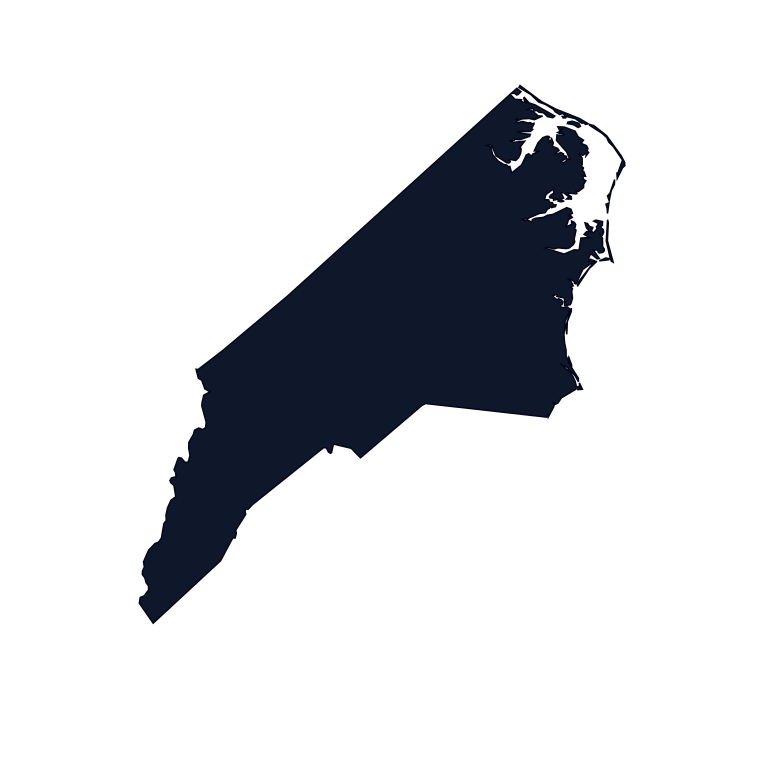 map outline of North Carolina (Equal Earth projection), rotated 318°
{"feature_id": "USA-3549", "entity_name": "North Carolina", "entity_type": "State", "adm_level": 1, "iso_a3": "USA", "parent_name": "United States of America", "parent_adm1": "", "projection": "equal_earth", "projection_center": [-78.085, 35.229], "detail": "fine", "context": "isolated", "style": "filled", "palette": "ink", "viewbox_px": 768, "rotation_deg": 318, "n_neighbors": 0, "source": "natural_earth", "source_scale": "10m", "svg_char_len": 6170}
<svg xmlns="http://www.w3.org/2000/svg" viewBox="0 0 768 768"><g transform="rotate(318 384 384)"><path d="M671.6,253.1L671.8,260.0L676.4,264.7L675.1,265.4L676.0,267.7L679.4,271.4L677.8,268.1L679.1,265.0L680.1,265.0L679.9,272.1L683.0,277.6L690.3,299.2L687.6,299.1L684.4,294.7L684.0,289.2L681.0,285.6L680.5,282.9L678.4,281.6L679.0,278.9L677.0,277.0L674.4,276.2L676.6,279.2L677.9,286.3L677.0,286.9L681.1,291.0L672.7,288.3L669.6,283.9L664.2,279.5L659.1,277.5L660.3,276.4L659.3,275.5L657.8,278.9L662.7,281.7L665.7,286.4L667.5,287.4L668.3,289.8L670.0,290.6L669.5,291.2L664.3,293.0L664.9,294.3L661.8,294.3L652.5,286.3L653.5,289.3L659.8,296.4L657.9,297.4L648.3,293.2L644.9,289.7L643.7,290.0L639.8,286.9L641.9,291.0L651.1,297.7L643.7,299.0L642.5,299.7L643.5,300.5L641.9,302.4L639.6,304.1L635.4,305.9L631.4,306.0L627.7,301.1L626.5,303.4L624.8,303.4L623.2,301.7L620.0,289.3L623.6,278.9L623.0,277.2L619.9,275.5L622.0,279.2L618.3,286.1L618.0,294.7L619.8,300.8L621.6,303.2L622.0,306.3L623.1,306.5L620.1,312.6L632.9,313.3L643.1,309.0L645.6,309.8L646.1,313.9L648.1,312.6L654.8,314.6L651.6,311.3L659.8,307.8L667.0,307.2L670.8,308.8L672.2,310.3L672.1,311.8L670.5,310.9L669.1,315.2L672.7,313.9L671.1,318.2L668.1,320.0L670.7,325.0L670.4,327.6L665.3,327.4L666.8,329.2L670.2,330.1L671.4,333.0L670.3,334.2L671.9,336.9L670.6,338.4L664.1,336.9L665.4,339.4L667.2,340.2L671.3,339.6L672.4,341.6L675.0,333.8L675.2,318.3L679.3,314.6L681.9,318.0L684.8,318.9L684.7,317.6L682.4,315.8L681.3,313.3L686.0,314.8L687.5,313.9L684.3,312.6L685.3,309.2L690.0,313.8L695.2,324.0L693.7,330.1L695.4,336.3L691.5,337.1L694.0,342.4L693.1,345.5L691.0,346.7L690.9,349.0L686.7,349.7L688.3,348.4L688.0,347.4L684.7,347.1L683.2,342.9L682.4,348.7L678.2,353.5L676.4,354.0L676.8,356.8L674.0,358.6L674.6,360.0L672.8,364.5L670.7,362.3L669.2,365.9L670.0,368.0L666.1,369.1L663.7,371.6L657.3,371.0L656.0,369.0L654.9,371.5L654.0,371.3L648.4,365.1L647.7,367.3L648.6,370.0L647.0,372.0L643.5,368.7L646.6,368.7L645.5,362.3L643.6,360.0L641.9,366.0L640.1,365.3L638.8,366.6L640.3,368.7L637.7,367.3L635.7,364.7L637.3,363.3L633.0,360.9L634.2,359.3L631.9,356.8L632.2,355.7L634.1,355.2L637.9,355.8L640.2,352.4L631.1,351.6L626.5,354.5L629.6,357.2L628.6,359.9L630.6,362.0L629.6,364.0L631.7,366.0L630.1,366.9L626.4,364.9L626.5,362.6L624.5,364.0L622.3,363.4L618.3,364.5L613.5,361.2L600.6,356.8L596.3,353.1L598.3,357.4L600.6,358.3L602.0,362.6L604.3,361.2L607.4,362.1L613.9,366.8L618.4,368.0L623.1,371.0L637.8,375.2L639.9,379.2L638.2,383.2L632.8,382.3L635.5,384.4L635.4,386.2L631.1,385.3L624.6,389.1L631.2,391.2L632.4,390.5L631.3,389.7L632.4,388.4L633.6,391.2L633.2,393.7L629.3,396.5L629.7,398.1L622.1,403.7L620.9,406.0L618.0,407.1L612.5,406.8L609.9,405.2L604.4,399.2L600.7,397.3L597.1,391.8L594.4,390.5L604.9,408.0L615.0,411.5L618.6,415.0L628.0,407.3L634.9,412.8L632.7,406.7L636.5,406.3L638.6,408.7L639.0,403.3L641.2,398.7L642.6,400.9L642.1,404.4L643.9,407.4L640.5,409.1L640.7,411.9L646.3,411.2L647.0,409.4L650.9,408.4L648.8,403.3L651.1,404.0L655.1,409.5L652.5,412.2L649.8,412.0L650.2,416.0L648.8,418.2L645.8,419.6L644.8,417.6L643.9,421.9L638.2,428.4L638.1,431.0L637.0,432.4L634.6,432.6L631.7,430.7L631.4,429.2L632.6,427.8L629.3,424.3L628.0,434.9L626.1,433.6L625.1,426.8L624.1,425.8L620.4,427.3L617.7,430.5L620.8,429.2L622.9,433.3L608.3,431.9L593.6,438.1L592.9,436.4L594.1,435.3L592.0,429.9L590.7,429.6L591.5,433.3L590.3,437.6L587.4,436.6L588.0,439.1L585.5,440.7L581.6,446.3L576.8,449.3L575.4,449.6L570.5,446.8L575.6,440.8L571.0,434.6L572.2,433.9L571.9,432.6L568.7,431.8L567.9,430.5L568.9,437.3L570.8,437.4L572.0,440.1L571.9,442.6L569.6,444.1L567.9,443.5L566.9,444.9L568.6,447.8L571.9,449.5L572.2,453.0L560.4,458.8L550.5,468.0L545.9,474.0L541.8,480.9L538.2,484.9L535.1,493.3L532.3,509.7L530.0,512.5L531.6,505.4L530.9,497.6L531.5,494.7L528.4,486.5L530.0,498.8L529.4,505.2L527.7,510.3L525.0,515.0L523.2,516.3L506.6,513.0L500.5,514.5L498.0,513.8L498.4,512.3L497.4,510.4L496.7,513.3L494.9,514.5L483.6,518.6L484.6,516.6L482.5,517.2L401.8,426.3L398.0,425.3L317.1,423.1L316.6,409.8L306.2,394.8L299.1,399.9L297.8,399.6L297.2,397.4L298.4,393.1L296.8,390.9L205.2,385.6L199.5,386.2L197.4,384.4L195.3,385.9L194.1,388.3L176.0,393.4L174.4,396.1L170.3,398.8L168.7,397.4L166.3,398.0L144.3,406.0L52.4,407.3L55.5,383.2L60.0,379.5L64.0,381.0L71.5,379.4L74.0,376.1L74.3,372.4L76.6,367.9L76.9,364.0L79.2,361.5L83.5,359.6L86.2,355.3L97.9,350.0L107.1,349.3L110.5,350.7L115.4,349.6L127.1,340.4L130.8,339.8L134.3,335.5L140.3,331.2L147.9,327.8L153.8,328.5L160.1,318.7L159.5,315.0L160.3,312.5L163.3,311.6L167.5,313.8L170.1,309.8L170.6,307.2L181.2,301.5L182.4,301.5L183.9,303.7L183.7,309.1L186.2,311.0L192.0,307.3L196.1,300.7L200.1,296.7L208.7,293.9L212.3,291.5L216.9,292.8L218.9,296.6L222.3,297.0L226.3,293.4L234.0,278.3L236.4,276.0L242.6,271.7L249.5,273.4L247.6,267.8L251.1,259.2L249.9,255.5L254.2,247.3L255.5,248.8L286.2,251.2L370.5,254.1L671.6,253.1ZM684.8,253.2L690.0,279.4L695.5,294.4L706.9,317.5L710.0,327.5L707.5,326.0L707.2,323.7L705.5,322.6L703.7,314.7L698.5,307.2L697.1,307.8L695.2,306.2L695.5,304.5L696.8,305.7L698.5,305.1L697.6,302.3L694.9,301.4L693.4,296.4L693.7,293.3L691.0,284.2L687.6,278.0L686.8,267.1L682.8,253.9L684.8,253.2ZM712.9,332.4L715.6,348.4L713.0,372.7L711.2,380.2L709.1,382.9L706.0,382.9L694.8,387.4L698.2,383.1L699.3,383.6L711.1,377.2L713.3,360.8L712.9,354.5L714.4,350.1L713.8,343.7L709.9,329.3L710.5,328.8L712.9,332.4ZM644.9,426.4L660.1,411.5L658.6,414.2L645.8,427.1L635.8,446.8L635.1,444.9L636.2,442.0L644.9,426.4ZM698.4,318.3L694.5,313.2L695.8,312.4L699.7,314.6L703.3,320.7L702.4,323.9L699.9,323.3L698.4,318.3ZM596.5,438.3L620.5,434.0L624.4,435.3L613.5,435.5L593.1,440.8L596.5,438.3ZM680.7,253.2L681.3,258.4L677.5,258.7L676.0,258.1L675.5,255.3L672.9,253.1L680.7,253.2ZM557.2,463.1L574.1,452.9L571.6,455.5L562.0,460.3L553.1,469.4L557.2,463.1ZM675.9,393.8L679.6,393.4L692.2,386.4L688.7,389.9L682.0,392.5L673.9,398.6L675.9,393.8ZM527.9,516.6L530.0,513.8L527.9,520.7L524.3,517.9L526.0,515.6L527.9,516.6ZM633.1,438.7L635.2,441.5L634.2,442.1L626.4,436.6L633.1,438.7ZM669.3,398.9L672.4,399.9L664.2,406.8L667.2,403.0L669.3,398.9ZM535.1,496.7L537.3,488.9L539.2,487.8L536.1,495.5L535.1,496.7Z" fill="#0f172a" stroke="#020617" stroke-width="1.5"/></g></svg>